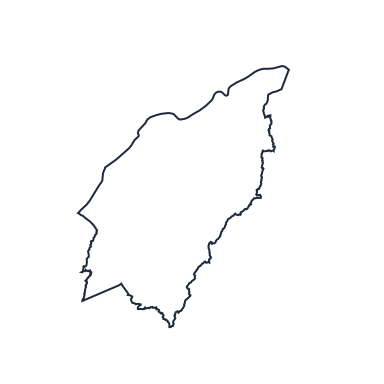 the district of Unguía, Chocó, Colombia, rotated 226°
{"feature_id": "7082276B20687876454915", "entity_name": "Unguía", "entity_type": "district", "adm_level": 2, "iso_a3": "COL", "parent_name": "Colombia", "parent_adm1": "Chocó", "projection": "equal_earth", "projection_center": [-77.198, 8.098], "detail": "fine", "context": "isolated", "style": "outline", "palette": "slate", "viewbox_px": 384, "rotation_deg": 226, "n_neighbors": 0, "source": "geoboundaries", "source_scale": "gbopen_adm2", "svg_char_len": 5988}
<svg xmlns="http://www.w3.org/2000/svg" viewBox="0 0 384 384"><g transform="rotate(226 192 192)"><path d="M212.7,346.6L217.7,345.9L220.2,344.1L224.4,336.4L227.8,332.3L231.0,329.0L232.5,326.5L233.8,323.6L234.8,320.2L235.8,313.3L236.8,308.7L239.9,299.8L241.2,293.4L241.2,291.7L240.8,290.0L237.3,285.7L237.0,285.1L237.1,284.2L237.7,283.4L238.6,283.0L242.9,282.8L244.5,282.1L246.0,280.4L246.8,278.2L246.6,275.8L244.6,271.2L244.3,269.9L244.4,261.6L245.4,254.1L247.3,246.8L248.4,240.9L249.4,238.2L251.9,234.3L253.2,233.3L254.4,233.0L260.6,232.9L262.5,232.0L265.2,229.9L269.3,224.6L272.2,219.6L274.7,213.9L275.1,210.8L274.8,208.9L273.9,206.1L273.4,197.1L273.1,195.8L272.1,194.1L269.8,193.1L269.3,192.5L269.2,191.6L269.3,187.0L267.6,180.3L267.2,177.0L268.0,160.0L270.0,146.5L269.4,145.9L268.3,143.0L267.2,140.9L262.6,135.5L262.2,134.5L261.1,129.0L256.8,112.4L256.1,107.4L256.3,100.1L255.9,95.4L255.4,95.7L252.4,96.1L250.7,97.0L247.4,97.2L242.0,98.1L236.4,98.2L230.3,97.0L230.1,96.0L229.3,95.6L229.1,94.9L228.4,94.6L228.2,93.4L228.5,92.8L227.3,90.5L227.4,89.2L226.4,88.3L225.7,87.0L225.9,86.1L226.6,85.7L226.7,85.0L224.6,83.5L224.7,82.5L224.2,81.7L222.9,81.5L223.0,79.6L222.4,78.5L221.8,78.2L221.8,76.9L221.5,76.0L219.1,74.5L217.1,72.7L217.2,71.6L217.0,69.8L214.2,67.3L212.7,65.3L212.5,64.3L212.8,62.6L213.2,62.3L213.8,62.6L213.9,62.3L211.0,58.9L210.8,58.3L211.1,56.8L210.5,57.2L210.7,58.2L210.4,59.0L209.4,60.0L209.7,61.1L209.1,60.8L208.6,61.7L207.7,61.9L207.4,62.7L206.8,63.4L206.4,63.0L206.1,63.2L206.1,63.9L204.9,63.2L204.5,63.9L204.2,63.8L203.9,63.3L203.8,62.0L203.6,61.7L203.4,62.0L203.3,62.9L202.6,61.2L202.5,60.2L202.8,59.4L202.8,58.5L202.4,58.0L202.6,57.5L202.1,54.7L202.3,53.7L201.9,53.6L201.2,54.4L200.0,53.8L199.8,52.9L199.2,52.8L198.6,50.3L198.0,50.4L197.3,49.9L196.8,48.5L195.4,46.5L194.9,46.2L194.3,44.8L193.5,44.4L193.4,43.4L192.2,42.8L191.8,42.1L191.5,41.3L190.9,40.8L190.9,39.6L190.2,37.8L189.8,37.4L175.5,75.0L175.2,77.5L172.7,76.8L164.0,75.7L162.8,75.2L162.5,74.3L160.9,75.6L158.3,76.4L157.8,75.7L157.4,73.9L157.0,73.3L153.9,72.1L151.2,73.6L150.4,73.6L149.1,75.5L146.7,77.0L146.4,76.6L146.9,75.3L146.8,73.7L146.4,72.6L145.5,71.8L144.5,72.5L143.8,73.7L141.5,75.5L141.3,76.5L141.5,77.7L140.6,77.2L140.3,78.1L138.8,80.3L138.1,80.5L137.9,81.2L138.0,82.1L137.3,82.7L136.9,83.7L136.5,83.8L136.4,83.3L136.0,83.4L134.0,85.3L133.8,86.1L132.3,84.9L131.8,85.7L129.9,86.3L129.2,84.9L127.5,85.5L126.6,85.1L126.0,86.3L125.2,86.5L124.4,85.8L123.2,86.0L122.5,84.9L122.5,84.1L121.7,84.1L120.6,83.2L119.6,83.9L119.1,83.9L118.7,84.5L117.8,84.2L117.3,84.8L116.1,84.9L115.2,84.3L114.0,84.5L112.9,84.1L110.5,81.9L109.9,82.5L109.6,83.1L109.5,84.3L108.9,85.2L109.4,85.5L109.8,87.2L111.4,87.9L111.8,88.5L112.2,89.4L112.7,92.3L114.4,92.8L114.8,93.8L115.4,93.8L115.6,94.4L115.9,94.5L115.8,95.3L116.5,96.0L116.6,96.7L116.8,96.8L116.2,98.7L114.6,98.5L114.8,100.5L114.2,101.2L114.4,101.7L114.2,102.7L114.7,103.7L114.7,104.8L115.4,106.7L115.4,107.3L115.9,108.0L116.7,108.3L117.4,110.1L118.6,111.7L118.8,112.8L118.4,113.6L118.6,114.8L118.4,115.4L118.5,118.8L119.0,119.2L119.5,118.6L121.4,119.5L121.8,120.7L122.7,121.1L124.1,122.4L124.8,122.4L125.4,121.7L127.1,122.1L127.7,123.2L127.7,124.4L128.4,126.9L127.7,128.0L128.0,130.4L127.8,131.0L127.6,133.1L127.8,134.1L128.6,134.6L129.6,136.0L131.4,136.2L131.4,136.9L131.9,137.2L132.2,138.8L132.0,139.7L132.4,140.8L132.8,141.0L132.7,142.8L133.4,143.8L133.5,144.9L133.0,146.3L133.3,146.5L133.1,148.1L133.4,149.5L133.0,150.1L133.2,151.3L132.9,151.9L133.1,152.7L132.7,153.2L131.3,153.0L130.6,154.1L130.4,155.0L129.2,155.4L131.6,157.4L131.3,158.2L131.7,159.0L131.5,159.7L131.7,160.3L134.0,160.6L134.9,161.7L135.7,162.0L136.1,162.7L137.0,163.0L138.1,164.2L140.1,164.9L141.1,166.0L141.8,166.3L142.4,167.9L143.1,168.6L143.0,169.6L143.2,170.7L142.2,171.2L141.3,170.3L140.8,170.3L140.4,171.6L139.6,172.5L139.4,173.7L140.3,175.6L140.4,176.9L140.1,178.1L140.7,182.1L141.5,182.5L142.0,184.2L142.9,185.1L142.9,186.2L143.5,187.9L144.0,188.3L144.0,189.0L143.7,189.4L143.8,190.9L144.7,192.2L145.1,194.0L146.2,194.9L146.6,197.2L147.4,198.6L147.2,200.2L146.7,201.4L146.9,203.5L146.3,204.9L146.4,207.9L145.8,207.7L143.3,209.1L143.0,210.4L142.0,210.9L142.3,212.0L143.0,212.2L143.5,212.9L142.7,216.0L143.1,217.9L142.5,218.9L142.0,218.9L141.6,219.3L141.9,221.7L142.4,222.7L142.3,223.5L142.8,224.0L142.8,224.9L142.4,225.1L142.1,225.9L143.3,226.3L143.4,227.5L144.3,228.9L144.1,230.6L144.4,232.0L144.0,232.9L143.2,233.4L142.9,234.9L142.2,235.0L141.7,236.0L141.1,236.1L140.5,237.0L140.0,237.3L141.0,238.6L142.6,239.0L143.2,238.1L144.5,237.2L144.9,236.4L145.6,236.5L146.8,238.8L147.3,239.0L147.6,239.6L148.5,239.8L148.5,240.5L148.2,241.1L148.4,241.5L148.0,241.9L147.6,242.8L148.8,244.3L148.7,245.4L149.3,246.3L149.7,247.6L150.9,248.1L151.5,248.8L151.7,249.6L152.3,249.9L152.4,250.4L152.7,250.4L153.9,252.6L154.9,252.5L155.9,253.4L155.9,253.7L156.9,255.4L158.2,257.3L159.2,259.7L159.6,259.8L160.1,259.0L161.3,259.2L163.2,262.3L163.4,262.9L164.1,263.5L164.6,263.5L164.7,263.9L165.0,264.2L165.9,264.4L165.9,265.0L167.3,265.6L167.4,266.3L168.9,266.1L170.5,268.2L171.1,268.5L171.1,269.2L171.5,269.7L171.8,270.8L172.6,271.4L172.6,271.8L171.4,271.8L169.8,273.9L169.4,275.0L168.7,275.1L168.7,276.0L168.1,276.7L166.6,276.8L165.7,279.0L164.8,279.2L165.6,279.8L165.8,281.3L167.1,283.0L168.2,281.9L169.3,283.4L169.9,283.4L170.1,284.3L173.3,285.2L173.8,286.6L175.5,287.0L176.9,287.9L178.9,287.2L180.3,288.6L181.5,288.9L182.0,289.9L183.0,289.7L183.9,291.1L183.6,291.9L183.7,292.5L184.8,293.1L185.8,294.4L185.9,296.6L187.1,297.5L187.6,298.4L188.4,298.2L189.4,299.2L190.6,299.4L191.7,300.4L192.6,301.7L193.1,301.3L193.2,299.6L193.8,300.0L194.1,299.6L194.3,298.8L193.9,298.3L194.5,297.2L194.7,296.2L197.0,297.7L198.3,298.0L199.4,298.9L200.7,299.4L201.3,300.3L201.8,300.5L201.8,301.3L202.2,302.1L203.5,302.8L204.2,305.1L203.9,307.0L204.3,308.2L205.5,310.4L208.7,313.8L209.1,315.0L208.4,316.3L208.2,317.7L207.4,319.9L205.8,322.4L203.8,327.8L212.7,346.6Z" fill="none" stroke="#1e293b" stroke-width="2"/></g></svg>